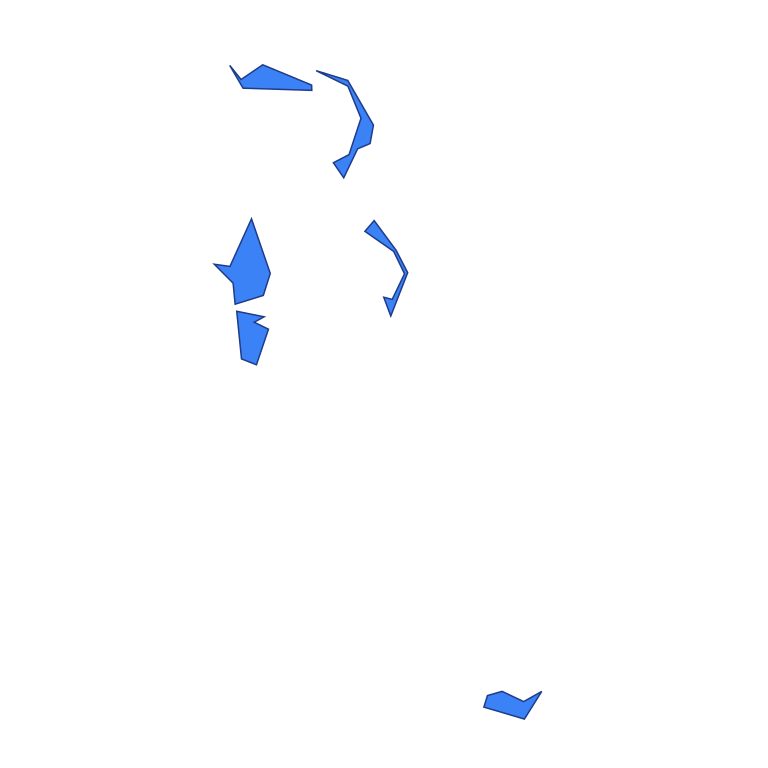 The Bahamas, Robinson projection, rotated 17°
{"feature_id": "BHS", "entity_name": "The Bahamas", "entity_type": "country or territory", "adm_level": 0, "iso_a3": "BHS", "parent_name": "North America", "parent_adm1": "", "projection": "robinson", "projection_center": [-76.093, 23.939], "detail": "coarse", "context": "isolated", "style": "filled", "palette": "blue", "viewbox_px": 768, "rotation_deg": 17, "n_neighbors": 0, "source": "natural_earth", "source_scale": "50m", "svg_char_len": 775}
<svg xmlns="http://www.w3.org/2000/svg" viewBox="0 0 768 768"><g transform="rotate(17 384 384)"><path d="M242.9,311.5L242.7,334.6L218.3,351.2L210.2,331.7L186.7,319.1L202.3,316.6L209.0,264.8L242.9,311.5ZM249.7,354.8L241.8,362.9L257.5,365.4L256.4,402.9L240.4,401.7L221.9,357.5L249.7,354.8ZM624.7,631.9L616.2,663.4L574.0,663.8L574.0,651.7L586.8,643.4L610.4,646.9L624.7,631.9ZM285.2,198.6L270.9,187.2L283.5,174.8L284.3,136.6L262.4,109.7L227.5,104.2L260.6,104.3L298.2,139.5L300.4,158.1L290.0,166.8L285.2,198.6ZM174.7,114.2L227.4,119.3L229.1,124.3L162.7,142.3L143.3,124.4L158.3,134.6L174.7,114.2ZM326.8,230.6L356.5,252.6L374.1,270.6L370.6,317.0L358.4,301.1L367.1,300.7L371.4,272.6L354.5,254.4L321.1,243.6L326.8,230.6Z" fill="#3b82f6" stroke="#1e3a8a" stroke-width="1.5"/></g></svg>